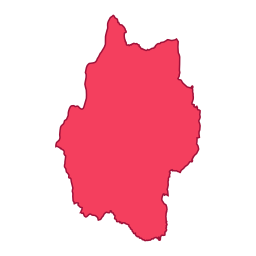 Filadelfia, Caldas, Colombia
{"feature_id": "7082276B92854280853001", "entity_name": "Filadelfia", "entity_type": "district", "adm_level": 2, "iso_a3": "COL", "parent_name": "Colombia", "parent_adm1": "Caldas", "projection": "equal_earth", "projection_center": [-75.566, 5.29], "detail": "fine", "context": "isolated", "style": "filled", "palette": "rose", "viewbox_px": 256, "rotation_deg": 0, "n_neighbors": 0, "source": "geoboundaries", "source_scale": "gbopen_adm2", "svg_char_len": 5822}
<svg xmlns="http://www.w3.org/2000/svg" viewBox="0 0 256 256"><path d="M177.9,78.7L179.2,76.1L179.3,74.5L179.6,73.6L179.8,72.5L179.4,70.2L179.6,64.4L179.7,56.9L179.3,55.1L178.3,52.8L178.2,51.9L177.9,47.0L178.2,41.6L176.5,39.0L175.0,39.9L172.0,40.5L170.7,40.4L168.7,39.8L167.3,39.7L166.7,40.4L163.6,42.1L160.9,42.5L159.9,43.6L158.2,43.6L157.2,44.1L155.6,45.6L155.4,46.0L155.3,46.9L154.4,47.1L153.8,48.2L152.1,48.3L149.0,50.0L148.2,49.9L147.7,49.5L146.6,50.4L145.8,50.4L144.0,49.6L143.3,49.5L142.9,49.0L142.4,49.0L142.0,48.6L141.3,48.8L141.0,48.5L140.3,47.0L139.5,46.8L139.2,46.5L139.1,46.1L139.2,45.4L139.1,45.0L137.7,44.5L136.8,43.6L135.7,43.9L134.5,43.5L133.5,43.4L132.8,43.9L132.2,43.9L131.2,44.9L130.2,44.7L129.5,45.5L129.1,45.6L128.4,44.9L127.2,45.2L126.5,44.8L126.1,42.6L125.9,42.0L125.3,41.7L125.2,40.5L124.5,38.5L124.2,36.0L124.4,33.2L124.9,32.8L126.0,32.4L126.2,31.9L125.8,30.7L125.4,30.3L125.0,28.8L123.9,27.0L121.9,25.0L120.1,24.7L119.6,24.4L118.6,22.4L117.9,22.4L117.6,20.4L117.3,19.2L115.0,17.8L114.2,16.2L113.5,15.5L113.2,15.4L112.1,16.4L110.4,17.5L108.4,21.2L107.7,23.4L107.6,25.1L107.7,27.1L107.6,28.6L107.0,30.3L105.8,35.0L105.5,36.7L105.4,44.3L104.3,47.2L101.1,52.5L100.3,53.3L98.6,56.8L97.4,58.6L96.6,60.6L95.6,61.9L94.6,62.5L93.3,62.9L89.2,63.5L88.3,64.3L87.4,65.3L87.0,66.1L86.4,67.7L85.4,72.6L86.1,74.3L86.2,75.5L86.1,77.5L85.1,82.7L84.9,84.2L85.5,87.2L86.3,90.1L86.5,94.8L86.4,98.3L84.0,106.6L83.3,108.3L82.4,109.0L81.4,109.1L79.6,108.0L78.2,106.4L77.4,106.1L75.1,106.6L73.9,105.7L72.8,105.7L71.4,105.9L70.5,106.6L69.4,108.7L68.7,110.8L68.3,112.7L68.2,115.5L67.0,118.3L66.6,119.2L66.1,119.7L64.8,120.5L64.5,120.8L64.0,122.8L63.2,124.2L62.4,124.8L61.2,126.0L60.6,127.2L60.1,130.3L59.7,134.8L60.0,137.4L59.8,138.7L59.2,140.1L56.6,142.5L56.3,143.3L55.9,145.0L55.9,146.6L56.6,146.3L57.5,146.5L59.5,147.6L60.5,148.5L60.6,148.2L61.2,148.5L62.2,149.6L63.3,150.0L63.9,150.9L64.3,151.9L64.0,153.3L64.1,154.0L64.7,155.1L65.2,155.3L65.6,155.8L65.5,157.8L64.9,162.2L65.0,163.1L64.5,165.1L64.5,166.8L65.8,168.8L66.4,171.9L67.7,173.2L68.9,175.0L68.9,175.5L68.7,177.2L68.9,177.7L69.4,178.0L70.4,178.1L70.8,178.6L71.0,179.4L71.3,181.7L72.9,188.1L72.4,190.2L72.3,191.6L72.7,192.6L72.9,193.8L72.8,196.3L73.1,200.8L74.0,202.1L74.2,203.7L74.6,203.7L75.3,203.1L76.5,202.8L78.1,203.0L78.4,203.4L78.0,204.8L78.2,205.3L78.6,205.7L79.5,206.3L80.2,207.2L82.1,207.6L81.9,209.6L81.6,210.1L80.7,212.3L80.5,212.6L80.9,212.6L81.9,213.3L83.2,213.2L84.4,216.0L85.6,216.9L86.4,216.8L87.0,216.4L89.1,214.4L90.1,214.0L91.0,214.3L92.1,215.1L95.2,215.5L96.4,216.4L97.7,217.6L98.2,220.0L98.6,220.1L99.1,219.8L100.4,219.5L101.1,218.8L102.0,217.2L103.1,216.1L104.1,214.1L105.6,212.6L106.4,212.3L108.2,212.7L109.4,212.7L109.9,212.3L110.2,211.8L110.3,210.9L110.5,210.8L111.0,210.8L112.1,212.8L113.2,213.0L113.9,214.8L114.5,215.1L114.9,215.6L115.0,216.1L114.9,216.8L114.6,218.2L114.6,218.5L114.9,218.9L115.9,219.2L116.4,220.2L116.7,221.4L116.9,221.6L118.1,221.7L119.4,221.5L120.0,222.7L120.3,222.6L120.5,222.1L120.8,222.2L121.4,223.4L121.9,223.5L122.3,223.4L122.8,222.7L124.1,222.9L124.8,222.8L125.2,223.5L128.8,224.9L129.0,226.5L130.4,227.8L130.5,228.8L131.9,229.7L132.3,231.2L133.2,232.2L133.7,233.4L134.7,233.5L135.1,233.2L135.4,233.2L135.3,234.4L136.2,235.8L136.8,236.1L137.3,236.7L138.5,236.6L139.3,237.3L139.4,237.9L139.5,238.0L141.4,238.3L142.0,238.9L142.2,239.5L143.1,239.8L143.9,239.7L144.1,240.1L144.9,240.6L145.9,240.6L146.9,240.2L147.8,240.5L149.0,240.1L150.1,240.2L151.2,239.5L151.5,239.0L152.2,238.7L153.1,239.0L154.2,237.9L156.1,237.4L156.9,237.8L157.3,238.6L157.6,238.6L158.6,237.2L159.2,237.4L159.4,238.5L159.3,238.8L158.7,239.1L158.7,239.7L159.1,240.2L159.9,240.2L160.3,239.7L160.6,236.6L161.4,235.6L162.0,235.2L163.3,235.4L164.8,235.1L165.0,233.9L164.8,233.1L165.0,232.0L165.7,231.7L166.0,231.2L166.1,230.6L166.6,230.1L166.4,229.0L166.0,228.5L166.0,227.9L166.5,227.1L166.3,226.2L166.3,225.5L167.0,224.9L167.0,224.4L166.5,223.2L166.1,222.8L166.5,222.4L166.3,221.7L166.7,221.4L166.5,221.1L166.2,220.9L166.0,217.4L165.8,216.1L166.1,215.0L166.0,213.7L166.4,212.7L166.2,212.1L166.7,211.6L166.6,211.0L167.0,209.7L166.7,207.1L166.0,204.9L165.1,204.3L164.4,204.0L163.9,203.4L162.8,201.6L162.2,200.8L161.9,200.0L161.8,198.9L162.1,197.2L163.1,194.2L163.9,193.9L164.2,194.9L164.5,195.2L165.9,194.4L166.4,194.4L167.3,195.3L168.1,195.6L167.7,191.0L167.1,189.3L167.5,188.4L168.2,185.1L168.0,181.1L168.3,180.8L168.4,180.3L168.4,178.3L168.9,177.0L169.7,176.8L169.7,176.6L169.5,175.0L169.7,174.0L170.2,173.0L169.4,172.0L169.5,171.5L170.5,170.4L170.8,170.6L171.2,170.4L171.6,169.9L172.1,169.7L172.4,169.9L172.7,170.8L173.8,170.6L175.1,170.9L176.3,170.7L178.0,171.6L178.8,171.7L180.1,172.5L180.3,172.4L180.5,171.7L181.3,170.2L183.8,168.2L184.4,167.2L184.9,166.9L185.5,166.1L186.1,165.9L187.7,164.7L188.4,163.7L188.9,163.1L189.6,161.9L190.3,161.6L191.7,161.8L192.2,161.6L192.5,160.8L191.9,160.4L191.9,160.1L192.2,159.6L192.2,159.0L192.6,158.8L192.7,158.1L193.4,157.1L193.4,156.5L194.2,155.9L195.1,154.7L196.5,153.6L198.6,149.4L198.6,148.7L198.0,146.0L197.2,144.7L196.6,143.9L196.9,141.9L197.1,137.8L197.7,137.9L199.4,137.4L199.2,135.3L199.0,134.1L199.0,133.1L199.1,131.3L199.5,130.7L199.8,129.6L200.1,125.8L199.7,123.8L198.7,120.9L199.7,118.8L200.1,117.5L200.1,116.5L199.7,114.5L200.0,112.9L200.1,110.7L199.4,110.1L197.8,109.7L197.4,108.8L197.4,107.6L196.8,106.3L196.5,106.4L196.3,106.6L196.2,107.5L195.9,107.5L195.1,107.0L194.1,106.7L193.9,106.3L193.9,105.9L194.3,105.3L194.2,104.8L193.2,104.4L192.5,104.5L192.1,104.2L191.9,102.9L192.5,101.3L193.2,99.0L193.3,97.1L193.1,95.8L193.1,93.7L192.6,91.9L192.7,89.9L192.0,87.0L192.0,86.4L192.4,86.3L192.8,86.7L192.8,86.4L192.3,86.0L191.8,86.3L191.5,86.6L191.1,88.0L187.2,87.0L183.2,83.4L182.3,82.3L181.2,80.3L180.5,79.9L178.7,79.5L177.9,78.7Z" fill="#f43f5e" stroke="#9f1239" stroke-width="1.5"/></svg>